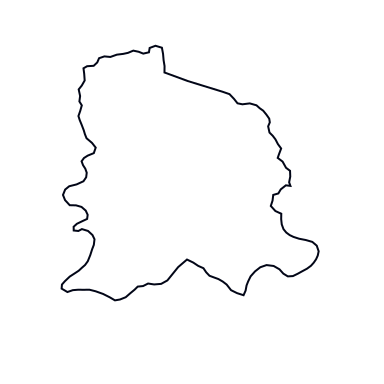 the district of Capinzal, Santa Catarina, Brazil, rotated 286°
{"feature_id": "56859067B60775282923797", "entity_name": "Capinzal", "entity_type": "district", "adm_level": 2, "iso_a3": "BRA", "parent_name": "Brazil", "parent_adm1": "Santa Catarina", "projection": "mercator", "projection_center": [-51.641, -27.424], "detail": "fine", "context": "isolated", "style": "outline", "palette": "ink", "viewbox_px": 384, "rotation_deg": 286, "n_neighbors": 0, "source": "geoboundaries", "source_scale": "gbopen_adm2", "svg_char_len": 2204}
<svg xmlns="http://www.w3.org/2000/svg" viewBox="0 0 384 384"><g transform="rotate(286 192 192)"><path d="M248.0,58.8L244.9,62.2L239.0,62.2L233.7,61.9L230.1,64.3L226.2,67.4L221.4,71.0L218.1,73.1L214.6,75.8L211.6,82.4L208.1,87.2L202.3,86.9L198.2,81.7L194.9,78.8L191.1,77.4L187.7,79.9L185.0,83.0L181.5,85.5L177.0,86.2L172.4,84.7L167.5,79.0L163.7,72.4L159.4,69.4L153.6,68.8L149.2,72.2L145.6,78.1L147.2,84.2L147.2,89.9L144.8,95.0L141.3,98.0L137.2,98.6L133.9,94.8L129.7,90.1L126.0,87.8L122.4,88.9L123.2,93.5L126.0,96.4L125.9,102.8L123.2,108.2L119.7,111.3L114.1,112.2L109.6,111.8L103.2,111.6L96.7,110.9L92.3,109.3L88.9,107.1L85.1,104.8L81.6,101.8L77.0,97.8L71.2,94.4L67.2,92.5L63.2,93.3L61.5,99.8L64.8,104.5L66.6,109.3L68.2,115.0L69.8,120.4L70.0,126.7L69.5,134.6L68.1,142.0L66.6,147.8L68.8,152.4L72.6,157.3L78.0,160.8L82.2,163.7L86.1,165.9L88.1,170.9L91.9,175.0L92.7,181.1L95.2,187.7L100.2,192.7L116.0,199.4L125.7,205.8L124.5,212.7L122.7,218.3L121.9,224.0L118.7,227.8L116.3,231.9L115.9,237.1L115.6,241.4L114.4,246.2L112.6,250.8L108.4,256.6L107.2,263.2L107.0,270.0L112.0,270.7L117.2,270.2L121.4,270.6L127.1,271.6L133.1,274.5L138.5,278.4L142.3,283.8L143.4,290.9L141.8,297.4L138.7,302.3L137.3,307.4L139.0,312.2L142.6,316.2L146.0,319.6L150.0,323.7L153.9,326.7L157.6,328.5L161.5,329.8L165.5,330.4L169.9,330.1L174.8,326.7L177.2,321.4L177.2,314.6L176.6,307.8L176.8,301.9L177.5,297.8L179.0,293.8L181.5,290.2L185.6,287.2L190.5,285.2L195.7,283.8L196.7,277.4L200.3,271.6L205.9,271.8L211.6,270.9L214.4,275.4L219.0,276.6L224.3,280.4L225.0,284.9L228.1,282.7L233.9,282.2L239.4,280.4L241.2,275.7L246.2,270.7L248.4,265.0L252.2,265.2L258.4,265.7L261.7,261.4L265.6,257.7L268.3,254.1L270.5,250.1L276.1,247.1L280.4,247.6L283.8,246.0L286.8,242.3L289.8,238.0L291.2,234.0L293.1,230.1L293.1,223.1L290.2,216.3L289.8,211.3L293.1,206.7L296.4,201.1L296.8,193.6L297.5,157.3L299.3,132.6L305.5,130.9L310.8,128.4L316.8,126.1L322.4,123.3L322.5,116.6L318.8,111.6L314.4,112.1L311.6,107.0L312.1,102.1L311.7,96.6L308.1,92.1L305.8,87.8L303.3,81.9L299.3,76.3L298.2,70.4L295.0,65.8L290.4,65.2L286.2,62.7L284.0,56.5L281.0,53.6L275.9,55.8L269.6,58.1L263.9,56.7L259.4,54.8L253.4,58.0L248.0,58.8Z" fill="none" stroke="#020617" stroke-width="2"/></g></svg>